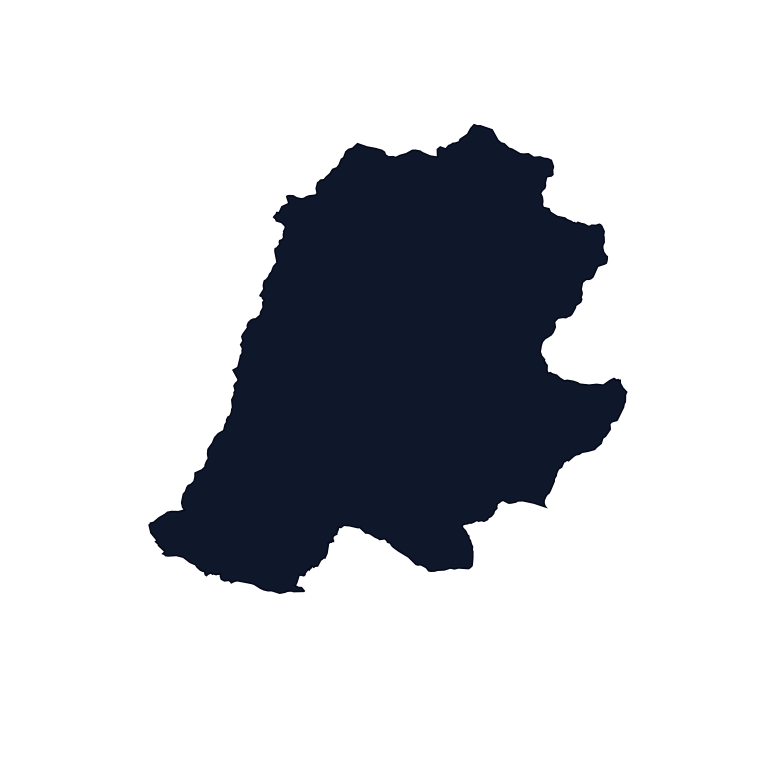 Tarcau, Neamt, Romania, rotated 225°
{"feature_id": "2599482B98949389142671", "entity_name": "Tarcau", "entity_type": "district", "adm_level": 2, "iso_a3": "ROU", "parent_name": "Romania", "parent_adm1": "Neamt", "projection": "orthographic", "projection_center": [26.145, 46.778], "detail": "fine", "context": "isolated", "style": "filled", "palette": "ink", "viewbox_px": 768, "rotation_deg": 225, "n_neighbors": 0, "source": "geoboundaries", "source_scale": "gbopen_adm2", "svg_char_len": 6159}
<svg xmlns="http://www.w3.org/2000/svg" viewBox="0 0 768 768"><g transform="rotate(225 384 384)"><path d="M487.3,640.2L498.5,634.7L500.7,632.4L503.7,631.1L503.4,626.1L501.5,619.6L503.2,610.9L502.1,608.3L503.9,604.8L505.6,602.7L505.8,600.7L506.9,598.3L506.5,593.9L511.8,591.4L512.2,587.6L506.5,582.3L512.6,577.8L520.5,574.7L523.2,574.2L527.2,571.4L529.2,569.2L531.1,562.6L534.4,556.8L535.8,552.5L538.3,551.2L541.4,547.8L545.1,547.0L547.5,548.3L550.8,547.7L556.6,544.4L563.6,539.6L572.7,535.2L572.9,528.3L574.9,525.0L575.2,521.3L572.6,515.6L573.1,512.7L570.7,507.2L570.2,503.6L572.1,499.4L570.9,494.7L571.2,489.3L570.9,486.0L573.1,483.2L572.9,481.2L573.3,479.5L570.3,474.4L566.1,471.6L565.9,469.2L570.0,464.0L571.2,461.4L571.7,458.9L573.3,456.5L577.4,453.9L581.2,452.9L584.2,450.2L585.4,448.5L585.2,447.6L580.1,445.1L579.1,443.8L581.6,437.2L579.2,430.9L581.1,429.5L580.3,427.8L580.2,424.6L580.0,423.9L577.4,424.1L575.5,423.2L570.7,425.8L565.3,425.8L563.9,424.1L562.8,420.8L561.5,420.1L561.2,418.8L558.5,416.5L558.0,414.1L559.2,411.6L558.0,410.0L556.4,409.0L556.0,404.2L556.7,402.9L556.2,402.1L555.0,400.7L545.5,394.3L545.2,389.0L542.8,383.8L542.6,380.9L541.3,377.8L541.0,374.1L541.6,372.5L540.9,371.1L539.1,368.4L536.0,366.1L534.3,358.9L533.5,358.7L532.8,359.8L530.1,358.6L528.0,358.8L527.4,355.9L523.5,352.6L522.1,347.7L520.2,345.2L520.7,339.4L522.3,337.5L523.2,335.2L523.3,331.6L522.1,328.7L520.3,327.4L518.9,319.1L518.0,316.9L514.1,314.7L513.2,310.4L509.1,309.1L508.3,307.7L505.9,305.3L505.4,302.2L504.6,301.4L499.4,293.0L499.3,291.5L500.6,287.1L490.4,284.1L489.4,282.4L489.5,279.4L488.8,276.6L484.7,274.3L483.9,271.7L482.3,270.5L480.5,265.2L474.6,260.4L473.8,258.6L471.8,256.0L470.6,253.3L470.4,252.2L471.0,250.4L470.1,247.6L468.1,245.4L467.7,243.0L464.4,237.7L466.1,231.8L465.8,226.3L463.6,221.1L462.3,213.4L459.1,209.6L455.5,207.1L454.6,203.5L453.2,200.3L451.9,198.9L452.0,194.6L454.7,187.5L451.8,184.5L449.5,180.8L449.5,176.7L450.7,173.5L450.1,171.2L448.3,167.6L448.0,164.2L443.2,157.0L439.3,154.5L435.9,153.9L439.0,148.5L444.0,143.7L446.4,140.2L446.7,137.0L448.5,130.3L449.1,123.2L450.8,120.5L450.4,120.0L450.4,118.2L443.5,113.9L433.9,113.0L434.0,110.9L430.4,111.2L429.2,110.3L421.2,110.6L420.3,110.3L420.4,107.5L418.9,108.2L417.1,108.2L415.1,109.7L409.6,115.9L403.4,119.6L395.0,120.7L389.4,122.9L386.7,122.3L382.2,122.5L380.0,123.3L378.5,124.5L375.4,122.7L374.0,123.0L374.0,124.7L373.3,126.9L372.5,128.1L370.8,128.2L370.5,129.1L367.9,130.5L366.9,132.2L365.1,133.8L363.5,132.2L361.0,130.9L357.5,132.0L355.1,135.2L353.0,135.8L351.4,135.4L350.1,139.1L348.3,141.4L336.8,149.2L334.2,150.6L327.0,152.2L323.5,153.5L319.9,155.7L317.2,158.5L309.8,162.3L306.8,166.7L305.7,169.3L303.0,172.3L301.3,173.1L294.0,180.7L294.0,181.3L298.3,181.7L300.9,179.5L304.6,178.6L304.6,180.1L305.3,182.1L308.5,188.0L308.7,189.0L308.0,189.8L305.1,191.7L305.0,193.4L305.8,193.7L306.4,197.2L306.4,199.6L305.3,199.6L306.2,203.7L305.8,203.4L306.0,204.1L305.3,204.6L304.0,204.7L304.0,206.3L302.2,208.4L304.3,214.9L303.9,215.6L303.6,219.0L302.7,219.2L304.6,224.0L309.7,231.0L310.8,231.6L310.3,232.4L310.6,233.4L309.2,235.1L309.6,236.1L308.4,236.9L309.3,237.8L310.6,238.0L312.1,240.1L312.1,241.8L311.2,244.4L311.6,244.5L313.8,249.2L314.6,250.1L314.2,251.3L312.9,252.1L312.5,255.7L308.1,259.4L300.8,264.0L299.7,265.4L291.3,265.7L290.8,266.6L288.1,268.2L281.8,269.5L278.5,270.9L277.3,270.8L273.9,275.2L270.9,275.2L269.6,274.6L266.8,276.1L265.0,275.3L261.8,275.2L255.6,276.2L244.3,279.0L234.0,279.0L232.1,279.9L230.4,282.0L229.1,282.6L224.3,284.0L220.3,283.5L218.6,284.6L215.9,287.5L214.4,290.2L209.8,295.3L207.0,300.8L203.5,303.0L201.2,306.7L193.9,313.0L193.4,314.1L193.1,317.2L193.8,318.6L198.3,323.9L202.6,328.2L204.5,329.3L206.4,331.6L208.9,332.4L212.1,334.3L214.6,334.8L216.6,336.5L218.2,336.3L222.3,337.8L226.3,337.9L228.0,338.7L228.8,339.7L227.8,342.0L226.0,344.4L225.4,346.1L224.1,347.1L222.8,350.0L222.3,352.4L221.2,353.7L220.1,353.8L218.7,356.2L216.1,357.8L214.9,361.4L215.7,363.0L214.6,366.2L214.9,369.8L216.3,372.6L216.2,375.8L217.9,377.3L219.2,379.4L218.5,382.3L218.6,383.6L217.5,386.0L211.6,387.9L209.9,389.8L207.2,393.9L206.9,395.7L203.3,399.6L193.8,405.8L182.6,411.4L184.1,411.6L186.8,413.1L188.5,415.0L189.9,418.4L190.5,421.0L190.2,423.6L191.0,426.2L194.7,435.3L196.7,437.8L197.3,440.8L198.9,443.0L200.5,447.2L199.6,450.8L201.7,456.0L201.0,457.5L201.1,458.6L200.2,459.9L199.2,460.2L198.8,466.5L198.3,469.4L196.3,472.4L195.7,475.7L192.3,480.5L188.8,486.7L189.0,489.7L188.4,495.5L191.0,500.4L190.4,503.7L192.0,512.0L196.1,515.4L196.2,517.7L195.6,519.5L193.7,522.5L193.6,523.5L198.2,537.0L200.0,539.5L200.8,542.1L205.6,547.1L206.7,549.9L212.2,550.1L217.4,551.6L219.6,553.7L220.3,552.8L221.5,552.8L222.4,550.7L223.0,551.1L225.3,550.6L226.7,546.3L228.1,538.3L233.4,534.1L238.2,528.2L245.5,522.3L248.0,521.8L252.3,519.6L257.0,516.2L258.8,513.7L263.8,512.5L268.2,512.3L272.3,510.1L274.4,509.7L275.5,507.6L278.2,508.7L281.9,512.6L283.2,512.8L284.7,512.1L284.7,513.1L287.3,513.8L287.6,514.5L288.0,514.1L288.7,515.0L292.2,515.2L296.3,517.2L299.9,522.2L301.8,525.8L302.2,529.7L300.5,536.9L301.0,540.2L303.0,545.3L307.2,548.4L307.5,549.7L307.5,553.6L304.8,557.4L302.3,559.5L301.5,562.3L300.5,564.1L300.6,566.5L301.9,571.0L302.7,573.5L303.9,574.8L302.8,581.0L303.9,583.5L306.2,584.8L307.2,587.2L308.4,588.6L311.6,590.4L315.5,596.2L315.1,600.8L312.9,603.2L312.1,604.9L311.9,607.5L316.1,618.3L312.7,625.1L312.3,626.8L314.0,629.6L316.2,632.0L317.8,631.8L322.0,632.6L325.3,634.7L327.2,636.4L328.5,639.9L332.7,643.8L333.7,644.1L336.1,647.5L341.5,649.6L343.6,649.7L344.8,649.1L346.2,646.1L349.4,643.2L350.1,640.7L351.5,639.8L355.6,638.6L358.0,636.9L361.2,635.5L361.7,632.9L363.4,633.0L364.2,631.7L366.4,631.5L370.9,629.6L373.3,629.4L380.0,625.0L387.9,623.1L391.2,624.6L396.0,621.7L397.2,621.8L399.1,623.1L400.8,625.4L404.2,628.1L408.2,629.6L408.9,632.8L408.8,636.3L410.1,638.5L412.1,640.2L415.2,645.0L414.9,646.5L412.8,649.3L412.6,651.5L416.0,654.4L417.8,657.5L423.8,660.5L427.5,659.1L430.5,656.7L434.2,655.0L438.3,650.2L444.7,648.9L447.8,645.3L450.4,643.1L459.7,640.6L462.4,639.0L468.8,638.9L471.7,637.2L475.7,636.9L487.3,640.2Z" fill="#0f172a" stroke="#020617" stroke-width="1.5"/></g></svg>